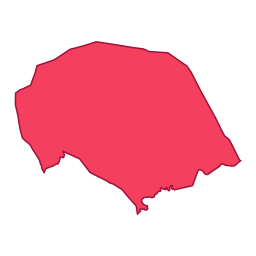 Juchitán, Guerrero, Mexico (Robinson projection)
{"feature_id": "50627088B83816556516", "entity_name": "Juchitán", "entity_type": "district", "adm_level": 2, "iso_a3": "MEX", "parent_name": "Mexico", "parent_adm1": "Guerrero", "projection": "robinson", "projection_center": [-98.669, 16.586], "detail": "fine", "context": "isolated", "style": "filled", "palette": "rose", "viewbox_px": 256, "rotation_deg": 0, "n_neighbors": 0, "source": "geoboundaries", "source_scale": "gbopen_adm2", "svg_char_len": 4234}
<svg xmlns="http://www.w3.org/2000/svg" viewBox="0 0 256 256"><path d="M131.6,47.4L125.6,46.4L123.0,45.9L120.5,45.6L119.1,45.3L117.8,45.1L116.3,44.9L113.3,44.4L112.6,44.3L110.0,43.9L108.8,43.7L107.7,43.5L106.5,43.3L105.7,43.2L103.7,42.9L102.5,42.7L101.3,42.5L96.2,41.8L86.2,45.0L81.2,46.5L70.1,49.3L56.0,58.7L54.5,59.6L54.3,59.7L52.4,60.5L48.3,61.9L43.6,63.5L41.7,64.1L38.0,65.4L37.0,65.7L36.2,68.9L34.8,73.7L30.6,85.2L30.1,85.4L27.9,86.4L23.8,88.4L23.0,88.9L21.2,89.4L19.9,90.0L15.6,93.0L15.5,96.3L15.4,103.2L15.5,105.6L16.7,110.0L18.4,118.3L18.6,120.6L20.1,129.2L22.4,138.0L25.0,140.4L26.9,142.1L28.0,142.9L29.2,144.1L29.5,144.1L30.0,144.7L30.8,146.0L32.5,149.1L34.0,151.4L35.9,154.3L38.4,158.4L39.4,160.0L39.8,161.0L39.7,161.2L40.2,163.0L41.2,165.3L41.4,165.5L42.0,168.8L43.8,172.0L44.0,172.2L44.2,172.5L44.6,171.5L45.1,169.9L45.5,169.2L46.0,168.7L46.8,168.3L48.1,167.8L49.8,167.1L51.0,166.7L52.3,166.3L54.6,165.0L56.3,164.0L56.7,163.9L57.7,164.0L58.0,163.8L58.3,163.3L58.7,162.7L58.9,162.3L59.3,161.3L59.5,160.3L59.8,159.4L60.1,158.2L60.2,157.3L60.3,157.0L60.6,156.8L60.8,156.8L61.0,156.9L61.3,157.0L62.0,157.2L62.4,157.4L63.0,157.7L63.3,157.7L63.6,157.4L63.9,156.6L64.4,155.4L64.4,155.1L64.3,154.7L63.9,153.5L63.5,152.3L63.3,151.9L63.2,151.5L63.5,151.6L79.6,158.8L90.1,172.5L97.6,176.3L108.1,181.6L109.1,182.7L113.4,184.1L119.5,188.0L121.9,189.4L127.8,196.5L136.2,206.0L137.5,214.0L137.9,213.7L138.2,213.4L138.5,213.0L139.0,212.5L139.7,211.8L140.2,211.5L140.3,211.3L140.5,211.1L140.5,210.8L140.5,210.7L140.2,210.5L140.0,210.2L139.9,209.9L139.9,209.7L140.0,209.4L140.3,209.2L140.6,209.0L140.8,209.0L141.1,208.9L141.3,208.9L141.7,209.0L141.9,209.1L142.2,209.2L142.5,209.3L142.8,209.3L143.2,209.1L143.6,209.0L143.8,209.0L144.0,209.1L144.3,209.3L144.7,209.6L145.0,209.9L145.3,210.0L145.5,210.0L146.5,210.0L146.8,209.8L147.3,209.4L147.6,209.0L147.7,208.6L147.7,208.1L147.5,207.4L147.3,206.4L147.2,205.9L147.1,205.7L146.8,205.5L146.6,205.5L146.0,205.7L145.5,205.6L143.9,204.6L143.2,204.0L142.4,202.9L142.0,202.2L142.0,201.4L141.7,200.8L141.6,200.2L141.6,199.8L141.7,199.5L142.1,199.2L142.7,198.7L143.1,198.4L143.4,198.0L143.7,197.8L143.9,197.6L144.1,197.5L144.3,197.4L144.6,197.3L145.3,197.4L146.7,197.3L148.5,197.2L149.1,197.0L149.4,196.8L149.6,196.7L150.0,196.6L150.4,196.9L151.1,197.4L151.4,197.6L151.7,197.7L152.0,197.7L152.6,197.4L153.1,197.1L153.5,197.0L153.9,196.9L154.2,196.9L154.4,196.6L154.5,196.3L154.6,195.7L154.6,195.0L154.7,194.8L154.8,194.7L155.1,194.4L155.4,194.2L155.6,194.1L155.8,194.0L155.9,193.9L156.3,194.0L156.6,193.9L156.8,193.7L157.0,193.3L157.3,192.8L157.7,192.3L158.1,192.0L158.5,191.7L158.8,191.3L159.1,191.2L159.3,191.1L160.1,191.3L160.3,191.2L160.8,190.6L160.9,190.0L160.9,189.8L160.8,189.7L160.5,189.3L160.5,188.7L160.5,188.1L160.9,187.8L161.1,187.7L161.4,187.6L161.6,187.8L162.0,188.2L162.4,188.5L162.7,188.8L162.9,189.0L163.2,189.0L163.6,188.9L163.9,188.7L164.1,188.7L164.3,188.8L164.3,189.1L164.5,189.4L164.8,189.6L165.1,189.6L165.4,189.6L165.7,189.3L166.0,188.9L166.0,188.5L166.2,187.8L166.4,187.7L166.5,187.6L166.9,187.7L167.0,187.9L167.1,188.4L167.1,188.8L167.2,189.1L167.4,189.5L167.9,189.9L168.3,190.3L168.6,190.6L168.9,190.7L169.2,190.6L169.5,190.5L169.6,190.4L169.7,189.8L169.8,189.0L169.5,187.6L169.6,187.3L170.1,186.6L170.6,186.0L171.1,185.7L171.6,185.6L172.1,185.6L172.4,185.7L172.4,185.8L172.5,186.0L172.4,186.2L172.3,186.4L171.9,186.6L171.7,186.9L171.5,187.3L171.5,187.9L171.6,188.5L171.9,188.8L172.2,189.0L172.6,189.1L173.5,189.1L173.8,189.2L174.0,189.3L174.3,189.6L174.4,189.8L174.6,189.7L192.5,185.7L194.3,180.8L198.1,170.5L199.7,169.6L201.9,170.4L203.2,171.5L204.3,173.3L205.3,174.0L206.6,174.6L207.9,174.3L210.4,172.6L212.1,171.3L213.7,170.3L215.5,169.0L216.6,168.4L219.4,166.4L221.0,164.4L222.5,163.9L225.3,165.1L227.6,165.6L229.3,165.6L230.0,165.7L231.1,166.1L232.0,166.0L233.6,165.9L234.6,165.7L235.3,165.2L236.1,164.6L237.0,163.7L237.5,163.2L239.1,162.0L240.0,161.2L240.6,160.8L239.8,160.1L239.5,159.9L231.3,143.6L230.2,141.2L228.5,139.0L227.2,137.8L224.9,136.3L223.5,133.9L223.0,132.9L221.7,130.5L215.5,117.8L208.0,104.2L200.3,90.2L191.2,72.3L187.0,66.1L177.4,59.5L167.8,52.8L149.0,51.5L143.4,48.9L140.2,48.5L131.6,47.4Z" fill="#f43f5e" stroke="#9f1239" stroke-width="1.5"/></svg>